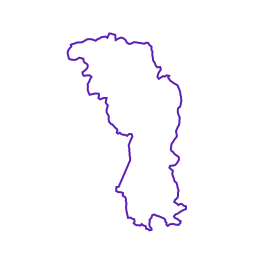 Lorena, São Paulo, Brazil, rotated 203°
{"feature_id": "56859067B19508502675553", "entity_name": "Lorena", "entity_type": "district", "adm_level": 2, "iso_a3": "BRA", "parent_name": "Brazil", "parent_adm1": "São Paulo", "projection": "orthographic", "projection_center": [-45.064, -22.777], "detail": "fine", "context": "isolated", "style": "outline", "palette": "violet", "viewbox_px": 256, "rotation_deg": 203, "n_neighbors": 0, "source": "geoboundaries", "source_scale": "gbopen_adm2", "svg_char_len": 3355}
<svg xmlns="http://www.w3.org/2000/svg" viewBox="0 0 256 256"><g transform="rotate(203 128 128)"><path d="M167.0,144.1L165.0,143.4L163.5,144.8L161.9,146.3L159.4,147.2L158.9,144.4L158.5,142.7L157.2,141.8L155.4,140.9L154.8,136.2L153.6,133.9L152.0,132.7L150.3,131.4L149.4,128.8L147.9,126.3L145.2,125.1L143.4,125.1L141.2,123.9L139.3,123.1L137.7,122.6L136.7,121.4L136.6,119.4L134.9,118.9L133.7,120.5L131.9,119.8L130.2,119.8L128.0,120.6L125.8,120.4L124.7,122.8L122.4,123.8L120.6,121.8L120.8,117.4L120.7,114.5L120.6,112.2L118.5,109.3L118.1,107.7L116.5,105.3L115.9,103.4L114.8,102.1L113.4,99.1L113.6,70.2L115.6,69.1L114.9,67.1L114.3,65.4L111.8,65.2L109.5,66.1L107.2,66.2L106.3,63.6L103.4,63.2L102.1,61.8L101.4,59.7L100.2,58.5L99.6,56.9L99.0,54.7L98.2,53.1L97.0,51.1L92.9,45.3L90.6,46.5L88.6,46.2L86.6,46.4L85.3,44.3L85.6,42.6L83.9,42.0L81.9,41.9L80.2,42.7L78.4,43.0L77.8,45.0L75.9,44.3L73.4,44.6L72.0,42.4L70.2,42.8L68.4,42.2L66.5,43.4L67.3,44.9L69.1,45.5L71.0,47.9L71.3,50.4L72.3,51.9L71.4,54.3L71.6,57.3L69.9,58.7L67.9,58.4L65.3,58.8L62.3,58.8L59.5,58.8L57.8,58.1L57.2,56.5L55.6,55.9L54.9,54.0L53.1,53.4L52.0,55.6L50.6,56.4L49.1,57.4L46.7,57.6L43.6,58.5L42.7,61.1L43.1,62.8L44.7,62.8L46.8,63.5L50.0,63.6L51.2,64.6L50.5,67.0L48.7,68.7L47.5,70.8L46.1,72.6L44.8,74.2L43.0,76.1L44.0,78.5L46.6,78.3L49.0,79.2L50.5,78.2L51.6,76.7L53.3,77.4L56.6,78.0L56.6,80.1L55.3,82.8L55.3,84.6L56.0,86.4L56.8,88.2L57.0,90.3L58.7,92.0L60.3,94.5L62.0,96.5L64.2,97.1L66.1,99.5L67.6,101.0L69.3,102.9L70.0,106.2L72.3,106.9L74.4,107.6L74.5,109.6L72.6,110.6L70.4,112.0L69.5,113.7L69.1,115.6L68.7,118.5L69.7,120.8L71.4,121.5L73.3,121.8L75.1,122.3L77.0,123.5L78.9,123.8L80.2,124.9L80.7,127.0L81.4,129.0L81.6,131.2L81.0,132.9L80.8,135.6L80.1,137.6L79.7,139.3L81.1,141.7L82.6,143.8L82.5,146.1L82.6,148.6L82.2,150.3L82.7,152.9L83.8,155.4L84.5,158.0L86.3,159.5L88.1,161.6L89.2,164.0L89.5,166.3L88.4,167.6L88.6,170.0L89.2,171.9L89.3,173.7L90.4,175.4L91.4,177.5L92.9,179.3L94.0,181.4L95.7,183.4L97.6,185.1L98.8,186.5L100.9,186.9L103.6,187.2L105.7,187.7L107.7,188.1L109.0,189.0L110.7,190.0L110.5,192.1L113.2,191.4L114.0,189.8L116.0,189.4L117.5,187.3L118.8,185.3L120.9,186.5L121.2,188.6L121.4,190.7L121.0,192.7L120.7,194.9L122.1,196.7L124.8,195.3L127.1,196.5L128.6,198.3L130.2,199.2L131.7,200.6L132.7,202.7L133.8,204.0L134.6,205.8L135.3,207.8L136.7,208.9L137.6,210.5L138.1,212.1L140.5,212.7L142.6,214.1L144.6,213.6L145.9,212.0L147.7,211.5L149.8,211.1L151.7,210.5L154.0,210.0L155.9,209.4L157.8,207.3L158.9,206.2L160.4,205.8L162.5,206.2L164.5,208.0L166.3,208.5L168.1,208.9L170.0,208.3L171.6,206.7L173.7,204.1L174.9,206.3L176.2,208.8L178.8,208.3L180.4,208.3L182.1,207.7L182.2,205.1L182.2,203.0L184.1,203.4L185.7,202.6L187.9,201.3L189.0,199.5L190.6,198.1L191.9,195.7L194.4,195.6L196.1,195.5L198.0,194.8L200.1,193.8L201.6,191.9L203.7,189.0L205.7,188.0L208.3,186.8L209.5,185.5L211.6,183.8L213.2,182.3L212.0,180.9L213.1,177.8L213.3,175.0L212.4,172.6L211.0,170.8L209.4,168.7L207.3,168.7L205.4,169.2L203.3,170.0L201.9,171.4L200.3,173.7L196.2,174.3L195.2,172.5L193.3,171.1L191.6,171.1L190.0,170.5L188.9,168.6L189.3,165.9L190.5,163.4L191.7,161.4L190.4,159.4L188.7,158.8L186.1,160.6L183.8,161.5L181.6,160.8L182.0,157.8L181.8,155.5L182.3,152.8L181.1,150.6L180.2,147.7L178.4,145.5L176.3,143.6L172.7,146.2L171.3,147.2L168.2,148.1L167.2,146.0L167.0,144.1Z" fill="none" stroke="#5b21b6" stroke-width="2"/></g></svg>